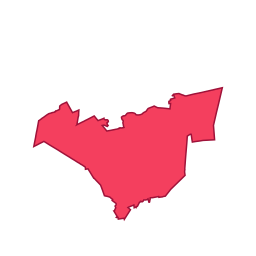 outline of General Zuazua, Nuevo León, Mexico, rotated 31°
{"feature_id": "50627088B30603722268617", "entity_name": "General Zuazua", "entity_type": "district", "adm_level": 2, "iso_a3": "MEX", "parent_name": "Mexico", "parent_adm1": "Nuevo León", "projection": "albers", "projection_center": [-100.161, 25.925], "detail": "fine", "context": "isolated", "style": "filled", "palette": "rose", "viewbox_px": 256, "rotation_deg": 31, "n_neighbors": 0, "source": "geoboundaries", "source_scale": "gbopen_adm2", "svg_char_len": 5382}
<svg xmlns="http://www.w3.org/2000/svg" viewBox="0 0 256 256"><g transform="rotate(31 128 128)"><path d="M48.0,168.6L49.3,172.0L51.2,177.1L51.5,178.1L52.8,181.6L53.8,184.1L55.5,188.9L56.8,192.4L57.1,191.9L58.3,190.0L59.0,188.9L60.0,187.2L62.0,184.1L62.8,182.8L63.1,182.8L64.9,182.8L69.4,182.9L72.0,182.9L76.6,182.9L79.7,182.9L82.5,183.0L89.5,183.1L93.1,183.1L94.9,183.2L97.0,183.2L99.1,183.2L101.8,183.3L102.3,183.3L102.7,183.3L103.1,183.3L103.7,183.2L103.8,183.2L104.1,183.2L104.2,183.3L104.5,183.3L104.9,183.3L105.4,183.3L106.0,183.3L106.3,183.4L107.0,183.3L108.7,183.3L109.2,183.4L111.0,183.4L111.3,183.5L111.5,183.6L111.7,183.8L111.9,184.0L112.0,184.2L112.3,184.5L112.8,185.3L114.7,183.6L119.0,185.8L121.1,186.9L123.0,187.9L124.6,188.7L124.9,188.5L126.9,189.1L128.3,189.5L130.2,190.0L133.8,191.0L135.4,192.2L138.0,194.3L142.7,198.2L143.1,198.0L143.6,197.9L144.1,197.8L144.4,197.6L144.7,197.5L145.0,197.4L146.0,197.1L146.4,197.0L146.8,196.9L147.6,196.7L147.9,196.7L148.5,196.6L149.5,196.9L149.9,197.0L150.0,197.0L151.4,197.1L151.6,197.1L151.7,198.3L152.7,198.4L156.5,198.8L156.8,199.0L157.0,199.2L157.1,199.5L157.3,199.9L157.4,200.2L157.1,201.6L158.1,202.3L158.4,202.5L158.7,203.1L158.7,204.2L158.9,205.3L159.1,206.0L158.6,206.4L164.4,209.5L164.0,210.6L164.3,210.6L165.5,209.8L166.6,211.1L167.0,210.8L167.3,210.5L167.9,210.0L168.3,209.7L169.1,209.0L171.1,207.4L171.9,208.2L172.2,196.8L168.9,196.2L169.4,195.3L171.3,192.8L171.8,192.2L172.7,191.0L174.4,193.2L175.6,191.3L175.9,191.6L175.9,191.2L176.3,190.4L176.4,190.1L176.1,185.7L176.6,185.1L177.1,184.5L177.6,184.1L177.4,184.0L177.7,183.9L178.1,184.0L178.3,183.4L178.4,183.2L178.6,183.1L178.6,181.5L179.9,180.8L181.2,179.7L181.4,178.9L181.6,178.4L184.1,180.8L184.6,180.5L184.3,179.4L184.0,178.8L183.8,178.1L183.7,177.7L183.4,177.2L183.0,176.4L183.8,175.8L184.9,175.1L186.7,173.5L189.6,170.9L189.9,171.1L190.2,171.5L191.8,170.2L192.1,170.0L192.2,169.9L193.0,169.3L193.5,168.6L193.7,168.4L195.1,167.2L196.2,158.6L201.3,139.2L199.6,137.1L198.9,136.1L198.4,135.0L198.2,134.4L197.6,133.6L192.7,123.9L186.3,110.9L183.0,104.4L184.3,101.8L184.5,101.4L184.9,101.4L185.2,101.3L185.3,101.2L185.0,100.4L185.7,101.2L189.1,105.4L190.4,106.9L191.3,106.1L193.1,104.6L196.0,102.3L198.7,100.0L208.3,93.5L199.9,81.7L195.6,68.5L193.5,61.7L188.1,44.9L170.9,61.4L166.8,65.1L161.3,70.6L160.2,71.1L159.3,71.3L158.8,71.4L158.7,71.3L158.4,71.4L158.0,71.5L157.7,71.5L157.4,71.7L156.6,71.8L155.8,71.9L155.3,72.0L154.8,72.1L153.9,72.2L153.3,72.7L152.7,73.1L152.3,73.4L151.8,73.8L150.2,75.1L149.7,75.5L149.4,77.2L149.3,77.4L149.4,77.5L149.5,77.5L149.9,76.9L150.2,76.6L150.4,76.3L150.6,76.5L151.1,77.0L151.7,77.5L152.6,78.1L151.7,79.2L149.8,81.2L149.7,81.4L149.6,81.6L149.7,81.8L149.8,82.0L150.3,82.3L150.1,82.8L149.8,83.5L149.4,83.9L149.5,84.6L150.6,86.0L151.9,85.1L154.1,90.0L153.2,90.4L150.1,91.8L147.6,93.0L145.4,94.1L144.1,94.8L143.2,95.2L142.8,95.4L142.7,95.4L139.1,95.7L138.3,96.9L137.5,97.9L135.5,100.5L135.2,101.0L135.1,101.8L135.0,102.7L135.0,103.5L135.0,104.0L134.9,104.3L134.7,104.7L134.4,105.1L134.1,105.8L133.6,106.5L133.2,107.4L132.8,108.8L132.5,109.3L132.1,109.8L131.1,110.8L130.4,111.3L129.8,111.7L129.4,111.9L128.4,112.4L128.1,112.5L128.0,112.4L127.6,112.3L127.2,112.1L126.8,112.0L126.6,112.0L126.2,112.0L125.9,112.0L125.5,112.1L125.1,112.2L124.8,112.3L124.3,112.5L124.0,112.6L123.5,112.8L122.9,113.2L121.9,113.9L120.7,114.8L120.0,115.4L119.8,115.8L119.6,116.3L119.6,116.7L119.3,118.4L119.2,118.7L119.1,118.9L119.0,119.1L118.6,119.4L117.9,119.9L117.6,120.2L117.2,121.0L116.8,122.0L117.1,122.5L117.3,122.7L117.6,123.0L117.8,123.2L118.1,123.4L118.6,123.8L118.8,123.9L119.1,124.0L119.6,124.0L119.9,124.1L120.0,124.2L120.4,124.6L120.5,124.8L120.6,125.0L120.6,125.3L120.7,125.6L120.8,125.9L121.2,126.5L121.8,127.1L122.2,127.5L122.5,127.8L122.8,128.3L123.1,128.6L123.6,129.1L124.0,129.4L124.3,129.6L122.5,131.3L121.9,131.5L121.3,131.8L121.2,132.0L120.9,132.1L120.5,132.5L120.8,132.8L119.8,133.9L119.7,134.0L118.5,135.2L118.3,135.3L116.9,136.6L115.9,137.5L114.6,138.7L111.4,141.5L108.9,140.6L104.6,139.1L106.0,137.8L109.4,137.4L109.7,136.1L108.4,135.6L107.3,134.3L107.8,133.0L107.9,132.8L107.8,132.7L107.6,132.3L107.4,132.1L107.2,131.9L106.8,131.7L106.5,131.6L106.2,131.6L105.8,131.7L105.6,131.8L105.4,132.0L104.7,132.5L104.3,132.7L103.9,132.8L103.5,132.7L102.9,132.6L102.5,132.4L102.3,132.1L101.8,132.9L101.4,133.4L100.1,135.1L99.1,136.3L98.5,137.1L96.4,136.4L94.3,135.6L92.8,135.1L90.6,138.7L88.5,142.1L87.5,143.6L86.9,144.7L85.3,147.1L83.3,150.3L82.5,151.5L82.5,151.4L79.8,144.7L79.3,142.8L79.1,142.5L77.8,140.2L76.6,137.9L74.8,140.5L74.5,140.8L74.1,141.3L73.7,141.9L72.5,143.4L62.7,137.8L62.1,137.4L60.2,140.2L59.5,141.2L59.0,142.0L58.9,142.2L58.8,142.5L58.2,144.2L58.2,144.4L58.3,144.5L58.5,145.0L58.8,145.5L58.9,145.8L59.1,146.1L59.2,146.3L59.3,146.4L59.3,146.5L59.5,146.8L59.7,147.3L59.7,147.5L59.2,148.1L59.1,148.3L59.0,148.5L58.9,148.6L58.4,149.3L57.5,150.6L57.3,150.6L57.3,150.9L57.2,151.1L57.1,151.3L57.0,151.5L56.9,151.7L56.9,152.0L57.0,152.0L56.9,152.2L56.7,152.4L56.6,152.5L56.4,152.7L56.0,153.0L55.8,153.2L55.7,153.3L55.4,153.6L55.2,153.7L54.8,154.2L54.8,154.3L53.8,155.4L53.0,156.2L52.6,156.7L52.5,156.9L52.2,157.6L51.8,158.3L50.8,160.7L50.5,161.4L50.2,162.1L50.1,162.4L49.9,162.8L49.4,163.7L49.3,163.9L49.3,164.1L48.0,167.3L47.9,167.4L47.8,167.6L47.7,167.7L48.0,168.6Z" fill="#f43f5e" stroke="#9f1239" stroke-width="1.5"/></g></svg>